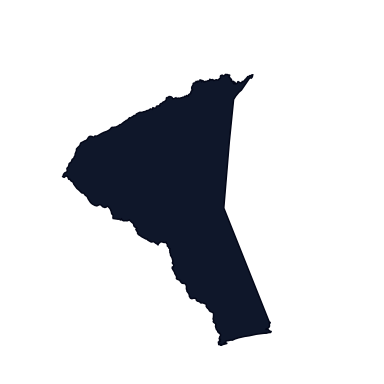 the district of Cheringoma, Sofala, Mozambique, rotated 22°
{"feature_id": "85939544B41216917110496", "entity_name": "Cheringoma", "entity_type": "district", "adm_level": 2, "iso_a3": "MOZ", "parent_name": "Mozambique", "parent_adm1": "Sofala", "projection": "orthographic", "projection_center": [35.177, -18.487], "detail": "fine", "context": "isolated", "style": "filled", "palette": "ink", "viewbox_px": 384, "rotation_deg": 22, "n_neighbors": 0, "source": "geoboundaries", "source_scale": "gbopen_adm2", "svg_char_len": 5978}
<svg xmlns="http://www.w3.org/2000/svg" viewBox="0 0 384 384"><g transform="rotate(22 192 192)"><path d="M113.7,137.7L111.3,140.4L111.1,140.9L111.2,141.7L111.0,142.3L109.7,142.7L109.3,143.4L109.1,144.3L108.6,144.4L108.3,145.1L107.9,145.3L107.4,146.4L106.3,146.5L106.1,146.8L105.4,149.2L104.9,149.8L104.2,150.3L103.6,151.6L102.9,152.2L102.8,152.8L102.0,153.9L101.0,156.0L100.0,156.5L99.0,158.2L97.1,160.3L95.9,160.9L95.4,161.3L93.6,162.0L93.0,163.1L92.7,164.4L91.8,165.9L90.3,167.7L88.1,169.6L86.1,171.8L83.3,175.4L82.7,175.9L81.1,176.4L80.4,177.8L80.0,178.1L79.4,178.2L78.8,178.0L77.2,178.3L76.2,178.9L75.6,179.9L75.2,182.4L74.7,183.7L73.3,184.9L72.4,186.1L70.6,188.1L70.5,188.5L70.6,191.0L69.3,193.9L68.8,195.5L69.4,197.0L69.4,200.3L70.0,202.1L69.7,203.0L69.7,204.8L69.6,205.3L68.7,206.7L68.8,207.7L68.7,209.9L67.8,211.0L67.5,211.6L68.0,214.9L67.4,216.1L67.2,217.0L68.5,219.3L68.5,219.7L68.2,220.6L67.1,221.6L66.6,222.6L66.3,223.8L66.5,225.4L66.3,226.1L66.8,226.3L67.9,226.3L68.3,225.9L68.6,225.0L69.0,224.5L69.9,224.2L70.8,224.3L71.4,224.7L72.9,226.3L73.4,226.3L73.9,226.0L74.3,226.0L75.6,227.0L78.0,227.4L79.6,229.1L84.0,231.8L86.3,232.5L89.8,234.0L90.6,234.1L91.4,233.7L92.2,233.7L94.3,235.0L96.4,235.4L98.5,237.4L101.7,239.6L103.1,240.2L104.4,240.5L107.1,240.8L108.9,240.5L109.6,239.9L110.5,238.7L111.7,238.1L112.7,238.2L114.8,239.1L117.0,239.0L117.9,238.3L118.8,237.0L119.1,236.8L119.7,236.9L121.8,237.9L122.8,238.6L124.5,240.4L125.6,242.1L126.0,242.4L127.4,243.0L127.9,243.9L128.1,245.0L128.8,246.1L133.6,244.9L135.2,244.2L135.5,244.2L135.9,244.7L136.4,244.6L136.9,244.3L136.9,243.5L138.4,244.3L139.4,244.3L141.3,243.4L142.7,243.0L144.4,241.4L145.0,241.6L147.4,242.6L149.2,243.1L149.6,243.4L150.9,245.2L151.7,245.7L154.2,246.0L154.4,246.6L154.0,247.2L154.0,247.7L155.3,248.8L156.6,249.3L156.8,250.4L158.2,251.5L160.2,251.8L162.1,252.3L166.8,252.8L167.3,252.7L167.8,252.3L168.3,252.8L169.0,253.1L172.4,253.6L173.0,253.6L174.8,252.5L175.4,252.4L177.6,253.1L178.8,253.2L180.2,253.7L180.3,253.1L180.2,252.2L180.9,251.4L181.3,250.3L181.5,250.0L182.6,249.5L184.9,249.3L185.9,248.9L186.6,248.3L187.0,248.3L187.5,249.1L188.5,249.5L188.8,249.9L189.4,251.3L190.9,251.8L191.5,252.6L192.9,252.9L193.1,254.3L193.7,255.1L194.0,256.1L195.2,257.4L195.8,258.7L198.1,260.4L200.0,262.9L200.3,263.8L200.3,265.0L200.6,265.4L202.4,266.3L202.8,268.3L202.6,268.6L202.1,268.7L201.9,268.9L202.1,270.0L204.4,271.9L205.4,272.5L206.8,274.2L208.8,275.6L209.7,276.9L210.0,278.1L210.8,278.4L213.7,278.4L215.1,279.5L217.0,280.3L219.5,279.6L220.5,279.8L221.1,280.2L222.3,281.7L223.1,284.0L223.9,284.7L224.4,285.8L227.2,287.5L228.3,288.9L228.8,289.9L229.6,290.3L229.9,290.7L230.4,291.0L231.8,291.0L233.3,289.9L235.0,289.3L235.9,289.6L236.4,290.5L237.3,291.0L238.3,291.1L240.1,290.8L241.2,291.4L241.9,291.5L243.6,290.7L246.8,290.7L247.2,290.9L247.5,291.2L248.1,292.8L249.8,293.9L251.1,294.3L252.8,295.6L253.6,295.9L256.4,295.9L257.0,296.1L258.0,297.7L258.9,300.5L259.0,301.5L259.2,301.9L260.2,302.9L260.3,304.3L261.0,304.7L262.8,305.2L263.6,305.6L264.2,307.9L265.8,309.9L266.3,310.4L267.5,310.9L268.4,312.1L269.5,312.1L269.9,312.7L270.7,312.6L272.1,313.8L272.3,314.7L272.0,315.6L272.2,317.9L272.7,318.2L273.5,317.9L273.6,318.2L273.2,319.3L273.7,319.5L274.0,320.1L273.1,320.7L272.7,321.3L273.9,323.4L274.3,323.3L274.6,322.8L275.6,322.3L276.1,322.5L276.0,323.3L276.7,323.1L277.7,321.9L280.3,320.0L280.9,319.5L280.9,319.3L280.1,319.4L279.5,319.9L278.5,319.9L278.6,319.6L279.6,318.7L279.4,317.4L279.5,317.1L281.2,316.3L283.5,314.7L285.0,314.2L286.8,312.2L289.8,309.7L295.0,306.1L298.8,303.9L305.0,299.7L311.3,296.2L313.9,295.0L315.8,293.6L317.3,292.9L317.7,292.0L317.6,291.7L316.6,291.8L315.7,291.7L313.9,290.9L313.4,290.9L312.5,291.5L312.0,291.5L312.1,291.0L313.2,290.4L314.1,288.3L313.9,287.8L314.1,287.3L313.0,285.1L313.2,284.6L313.5,284.2L313.4,283.8L313.1,283.6L312.2,283.5L227.7,195.2L227.3,194.4L207.8,131.5L195.9,90.6L196.6,86.6L198.1,81.9L199.6,79.0L202.6,65.3L203.3,64.2L204.2,64.3L204.7,63.3L204.7,62.0L204.4,60.6L203.7,60.9L203.4,61.8L202.1,62.4L201.3,63.7L200.4,64.2L200.2,65.4L199.8,66.1L199.8,66.8L199.1,67.8L199.0,69.1L198.5,69.6L198.2,70.4L197.2,70.7L197.2,71.6L196.9,72.2L196.5,72.6L195.6,72.7L193.4,72.4L193.2,72.7L193.1,74.4L192.1,75.4L191.7,75.3L190.8,74.3L190.5,74.3L190.4,75.0L190.8,75.7L190.3,76.0L189.9,75.9L189.0,75.0L188.9,74.7L189.0,74.0L188.5,74.0L187.3,74.6L187.0,74.5L186.6,74.1L186.7,73.4L186.2,72.7L185.1,72.6L184.3,71.8L183.4,71.7L183.2,71.4L183.3,70.2L183.1,69.6L182.4,69.6L181.7,70.2L181.1,69.8L180.6,69.9L180.0,70.2L179.3,70.3L178.9,70.6L178.5,71.9L178.0,72.5L177.3,72.6L176.7,72.3L176.0,72.5L175.1,73.3L175.0,74.0L175.8,75.9L175.0,76.6L174.8,77.4L174.2,78.5L172.3,78.9L171.7,79.6L170.5,80.5L169.1,80.0L167.6,80.9L166.4,80.8L166.3,81.4L166.5,81.8L166.3,82.4L165.1,82.8L164.6,83.6L162.7,84.6L162.7,85.1L162.4,85.3L161.6,85.4L160.9,84.8L160.3,84.9L159.8,85.6L159.7,85.0L159.3,84.8L158.4,85.1L157.8,85.0L157.5,85.1L157.7,85.7L156.7,87.1L156.2,86.9L155.8,87.1L155.6,87.5L155.8,87.8L155.7,88.2L155.4,88.2L154.6,87.9L154.4,88.0L154.5,88.6L153.9,89.1L153.8,90.0L152.6,90.6L152.5,91.0L152.9,92.0L152.5,95.0L152.9,95.5L153.1,96.6L154.1,96.9L154.3,97.4L153.6,98.6L153.6,100.4L153.9,101.3L153.4,101.7L152.4,103.1L152.7,104.1L152.6,104.7L152.2,104.8L151.1,104.5L150.9,104.6L150.9,105.5L150.6,105.7L149.6,105.8L148.9,107.2L147.8,107.7L147.4,108.3L146.6,108.7L146.1,109.3L145.5,109.6L145.4,110.0L144.0,110.1L143.2,110.9L142.8,111.1L141.8,110.6L141.4,111.2L140.6,111.8L140.0,112.5L139.0,112.7L138.2,111.9L137.1,111.6L135.7,111.8L134.9,112.2L134.6,113.0L134.6,113.4L133.6,113.6L133.1,114.3L133.6,116.6L133.5,117.0L133.0,117.6L132.8,118.5L131.6,119.3L131.0,121.1L130.3,121.4L129.7,122.2L129.5,123.1L129.6,123.5L130.0,124.1L129.9,124.3L128.4,124.8L127.0,125.8L127.0,127.6L126.7,128.0L126.0,128.3L124.2,128.5L124.1,129.0L124.3,130.0L124.2,130.3L122.3,130.6L121.1,132.6L119.6,133.5L118.6,134.8L116.9,135.9L115.9,136.9L113.7,137.7Z" fill="#0f172a" stroke="#020617" stroke-width="1.5"/></g></svg>